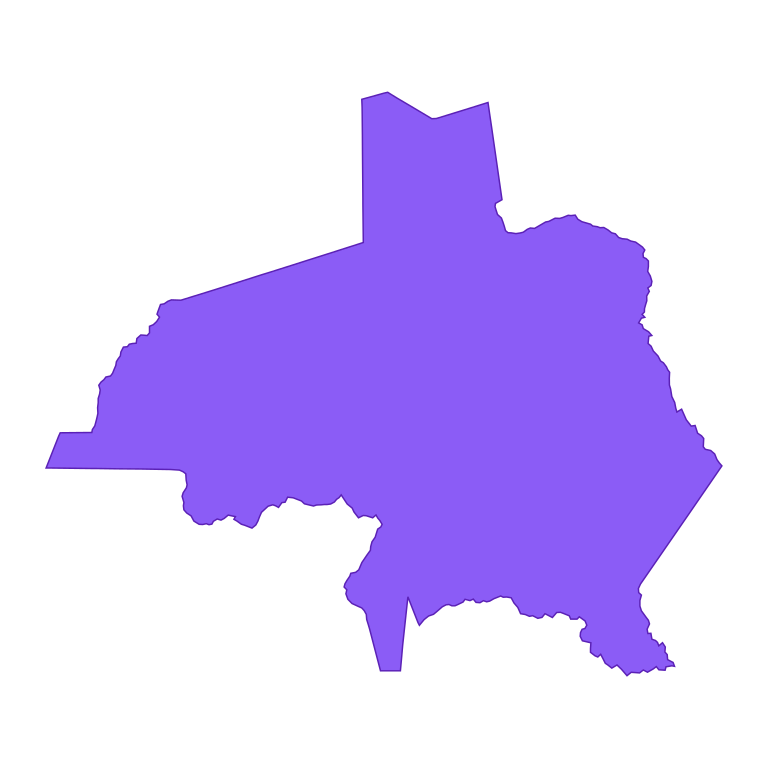 outline of Ouricuri, Pernambuco, Brazil
{"feature_id": "56859067B94124885213044", "entity_name": "Ouricuri", "entity_type": "district", "adm_level": 2, "iso_a3": "BRA", "parent_name": "Brazil", "parent_adm1": "Pernambuco", "projection": "robinson", "projection_center": [-40.162, -7.951], "detail": "fine", "context": "isolated", "style": "filled", "palette": "violet", "viewbox_px": 768, "rotation_deg": 0, "n_neighbors": 0, "source": "geoboundaries", "source_scale": "gbopen_adm2", "svg_char_len": 4621}
<svg xmlns="http://www.w3.org/2000/svg" viewBox="0 0 768 768"><path d="M46.1,468.0L50.8,468.0L91.7,468.5L96.0,468.5L117.1,468.8L140.9,469.0L170.5,469.5L179.5,470.1L183.2,471.8L185.8,473.8L186.2,480.3L187.1,484.8L186.4,487.8L183.2,492.7L182.1,496.3L183.9,502.5L183.4,505.8L183.9,509.8L186.7,513.0L191.1,515.9L193.9,521.1L199.1,524.3L202.7,524.5L206.3,523.7L209.0,524.7L211.9,524.1L213.4,521.3L217.2,519.0L221.0,520.1L224.1,518.5L228.2,515.1L231.4,515.8L235.4,516.6L233.9,519.3L237.0,521.1L241.3,524.2L244.8,525.3L252.0,528.1L255.8,525.0L257.9,521.1L259.5,516.8L261.5,512.3L268.1,506.2L272.8,504.8L275.6,505.8L278.5,507.4L281.9,502.6L285.1,502.2L287.6,497.2L293.2,497.8L301.5,501.0L304.4,503.8L309.3,505.0L313.5,506.0L316.6,505.0L321.5,504.8L324.3,504.5L327.1,504.5L330.7,504.0L334.4,502.0L336.6,499.3L339.1,497.6L341.2,494.9L347.2,504.0L352.2,508.1L354.0,512.0L358.5,517.8L363.2,515.5L366.2,515.7L372.7,517.8L376.0,515.0L377.7,518.0L379.8,520.5L382.1,524.3L380.8,527.0L377.7,529.1L375.2,537.2L372.0,541.8L370.7,546.6L370.4,550.3L367.0,555.0L361.9,562.5L358.8,569.8L355.7,572.3L350.8,573.3L349.8,576.2L347.0,580.3L345.0,583.7L344.1,587.0L346.8,589.8L345.9,593.8L347.9,599.3L352.0,603.5L358.5,606.5L361.7,607.9L364.2,610.6L366.3,614.4L366.7,619.5L368.2,624.3L369.5,628.7L370.5,632.5L373.7,644.8L380.5,670.8L400.4,670.8L401.6,657.6L402.7,645.0L407.9,596.8L418.0,622.6L419.4,625.3L424.1,619.6L428.6,616.0L433.5,614.3L436.3,612.0L442.3,606.8L446.1,604.8L449.0,604.5L451.9,605.8L455.0,605.8L457.7,604.6L463.1,602.0L465.0,599.3L470.0,600.6L473.3,599.1L476.0,602.4L480.0,602.7L483.4,600.7L486.7,601.8L489.7,601.1L493.9,598.7L500.7,596.0L503.2,597.2L506.7,597.0L511.2,597.8L514.0,603.0L517.8,607.4L520.6,613.7L525.3,614.5L529.4,616.3L532.7,615.7L537.8,618.3L542.0,617.4L545.0,613.7L552.4,617.5L556.7,612.5L560.4,612.3L563.1,613.3L569.3,615.8L570.7,619.1L577.1,619.1L579.3,616.8L585.1,621.0L586.8,625.2L584.9,628.5L582.1,629.3L580.5,632.6L580.2,636.3L582.4,640.8L590.9,642.8L590.5,648.5L590.5,652.3L595.0,655.8L597.8,657.0L600.7,654.3L603.0,658.7L605.3,663.3L607.6,664.8L611.8,668.1L617.0,665.0L621.4,669.2L627.0,675.7L631.2,672.3L639.6,672.9L643.3,670.0L647.5,672.2L653.3,668.9L656.3,666.6L658.9,669.8L665.1,670.2L666.0,666.8L671.9,665.8L674.5,666.3L673.1,662.5L667.6,659.6L667.2,654.6L664.9,652.0L665.3,647.0L662.5,642.7L658.8,645.8L657.5,642.4L655.5,640.5L651.9,639.2L650.9,633.3L647.9,633.5L647.1,629.2L649.5,623.9L648.4,620.3L646.1,617.3L641.4,610.8L639.9,606.1L639.9,600.5L641.4,595.1L638.7,592.6L638.4,588.5L640.5,584.0L687.8,515.5L721.9,465.9L719.2,462.8L716.9,459.5L714.7,454.0L710.7,450.5L705.3,449.3L703.3,446.8L703.7,438.5L701.5,435.8L697.6,433.2L695.1,425.5L691.2,426.1L686.3,419.8L681.6,409.2L676.9,412.0L675.8,408.3L674.7,402.5L671.8,396.5L670.6,389.0L669.4,385.0L669.3,378.3L669.6,372.3L667.7,369.7L666.4,366.8L663.4,362.8L660.6,361.0L658.0,356.0L653.3,351.0L651.1,346.2L648.1,343.5L648.8,336.2L651.8,335.5L648.6,331.8L643.3,328.6L642.1,324.8L638.6,322.9L641.4,318.2L644.8,317.3L642.1,314.4L644.4,312.0L644.5,308.6L645.7,304.3L646.8,300.8L646.7,296.0L649.3,291.4L647.8,288.0L651.1,285.5L651.9,281.4L650.3,276.0L647.7,271.4L648.4,266.5L648.4,261.0L646.1,258.6L643.4,257.3L643.0,253.6L644.8,250.0L642.5,247.1L635.6,242.1L630.7,241.0L627.2,239.2L622.2,238.7L618.6,237.5L615.4,233.8L611.6,232.8L608.1,230.0L603.8,227.5L600.0,227.7L597.4,226.7L592.7,226.0L590.6,224.2L581.9,221.7L577.8,219.2L575.2,215.1L571.0,215.6L568.2,215.3L562.8,217.5L559.7,218.4L555.1,218.2L548.8,221.4L545.6,222.0L534.6,228.4L530.3,228.0L527.3,229.3L523.3,232.2L520.1,233.0L515.9,233.6L511.4,232.9L508.0,232.7L505.5,230.6L504.3,226.3L502.9,222.0L501.4,218.0L497.5,214.5L496.0,209.9L495.0,206.6L495.5,203.4L502.0,199.7L495.7,155.7L491.6,127.2L489.7,114.3L488.0,102.5L462.4,110.5L436.4,118.5L431.8,118.7L420.4,111.9L409.3,105.3L397.4,98.3L390.9,94.3L387.7,92.3L383.8,93.2L361.8,99.3L362.1,107.3L362.2,114.7L362.4,135.3L362.5,152.8L362.9,198.8L362.9,204.0L363.3,242.5L325.8,254.5L279.2,269.3L267.8,272.9L262.5,274.5L214.5,289.8L184.8,299.0L180.9,300.2L171.4,299.9L167.8,301.3L164.2,303.8L160.5,304.5L158.0,311.3L157.0,314.2L159.5,317.1L156.7,321.5L153.3,324.7L149.5,326.3L149.5,332.9L147.2,335.5L143.9,335.2L140.8,335.0L136.9,338.5L136.2,343.2L132.6,343.5L129.3,344.2L127.4,346.7L123.4,347.1L120.9,352.0L120.3,356.0L118.3,358.6L116.4,361.7L115.8,365.5L114.0,369.7L112.6,373.2L110.5,376.0L105.9,377.0L103.9,379.7L101.0,382.1L98.8,385.2L100.2,390.0L99.6,394.0L98.2,398.5L98.2,402.8L97.6,407.7L97.9,413.3L97.1,417.0L96.2,420.7L94.8,425.9L92.4,429.5L91.8,432.5L60.2,432.8L58.6,436.3L46.1,468.0Z" fill="#8b5cf6" stroke="#5b21b6" stroke-width="1.5"/></svg>